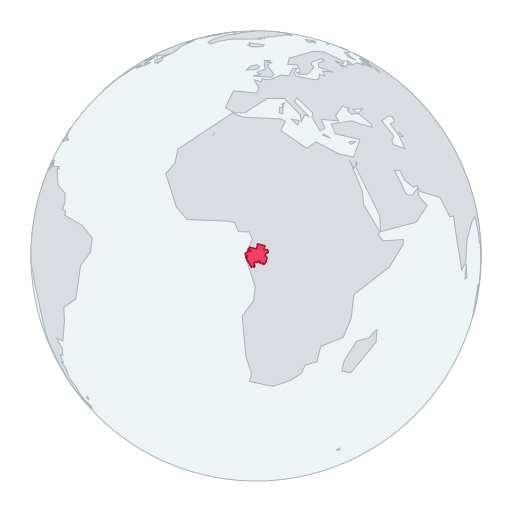 Gabon highlighted on a globe, orthographic projection, rotated 13°
{"feature_id": "GAB", "entity_name": "Gabon", "entity_type": "country or territory", "adm_level": 0, "iso_a3": "GAB", "parent_name": "Africa", "parent_adm1": "", "projection": "orthographic", "projection_center": [11.622, -0.807], "detail": "fine", "context": "on_globe", "style": "filled", "palette": "rose", "viewbox_px": 512, "rotation_deg": 13, "n_neighbors": 0, "source": "natural_earth", "source_scale": "50m", "svg_char_len": 9533}
<svg xmlns="http://www.w3.org/2000/svg" viewBox="0 0 512 512"><g transform="rotate(13 256 256)"><circle cx="256" cy="256" r="225" fill="#eef3f6" stroke="#a8b0b8"/><path d="M130.7,68.8L131.8,68.0L134.1,66.5L151.6,56.4L152.1,56.2L148.3,58.6L141.3,62.7L139.4,64.2L147.7,59.9L136.3,68.0L131.6,74.7L128.5,77.4L119.2,82.2L115.0,82.4L103.1,91.5L112.9,84.9L104.7,92.8L104.3,94.1L105.9,93.6L109.8,90.6L107.4,93.5L96.9,100.3L98.9,97.7L102.2,95.4L100.1,95.9L93.0,101.8L89.4,106.0L82.4,112.6L79.8,115.9L76.8,119.6L81.4,113.7L72.9,124.9L69.4,129.7L79.7,115.7L91.1,102.5L103.4,90.3L116.6,79.0L130.7,68.8ZM33.6,220.2L33.4,222.1L35.3,212.5L37.5,207.1L35.0,220.1L38.2,208.1L38.0,214.2L43.8,213.2L42.7,216.2L47.1,231.4L55.9,238.0L57.9,247.7L56.5,253.6L60.4,255.4L60.5,259.3L79.7,265.3L92.4,275.3L93.9,289.1L87.2,304.9L90.1,338.4L80.3,349.3L84.0,362.7L86.9,382.2L80.3,380.8L88.5,390.3L90.0,396.1L87.3,396.5L92.3,403.2L90.7,403.4L95.7,407.8L101.2,416.4L109.2,423.3L115.3,430.1L120.6,434.0L119.9,433.9L121.3,435.4L124.2,437.6L118.4,434.0L107.4,425.1L102.6,420.4L101.5,419.7L90.4,407.6L92.3,410.1L77.1,391.8L67.2,376.4L46.2,331.7L42.6,322.9L38.2,312.8L34.6,297.5L32.1,280.8L30.9,263.9L30.9,247.0L31.3,240.8L33.1,223.4L33.6,220.2ZM47.2,171.5L45.3,177.7L44.1,179.5L44.9,177.4L45.9,174.8L47.2,171.5ZM55.0,154.3L54.5,155.2L55.0,154.3ZM130.8,441.6L120.2,435.4L124.9,438.2L121.3,434.7L129.3,439.4L130.8,441.6ZM123.0,432.6L122.9,430.6L124.9,431.7L125.4,433.4L123.0,432.6ZM476.0,207.3L475.1,203.7L478.2,219.7L479.6,228.7L481.0,245.5L481.0,245.1L479.8,230.6L478.8,225.3L476.5,211.2L470.9,190.2L470.7,193.4L468.3,185.2L460.4,168.3L458.8,172.7L457.9,193.2L461.8,214.3L459.7,223.5L447.1,192.5L439.5,172.5L436.1,174.2L422.2,157.6L401.4,156.2L397.4,151.2L393.8,153.5L383.7,148.6L377.3,140.7L371.7,141.2L388.7,162.1L394.6,161.8L398.0,153.8L401.8,161.5L411.3,168.5L404.5,187.1L372.0,204.1L367.2,188.4L333.7,147.5L333.8,143.0L333.6,142.5L333.0,141.7L331.7,148.9L325.4,141.3L345.1,169.0L349.1,181.4L371.6,205.0L369.9,207.5L376.6,212.6L396.1,206.7L396.6,212.0L388.4,236.9L360.0,271.6L362.8,295.3L359.2,315.8L339.4,329.5L339.1,345.4L328.6,351.1L326.6,360.2L317.0,369.9L301.7,379.2L277.9,379.8L278.0,371.6L268.6,355.8L256.1,317.6L263.7,299.9L262.3,286.4L244.9,257.2L248.8,240.8L243.8,234.1L233.6,236.1L227.6,228.3L221.2,228.3L180.7,235.9L167.4,226.2L149.6,196.0L156.2,183.3L155.9,169.4L200.9,121.9L212.1,123.7L249.4,116.8L254.4,118.2L251.8,128.1L281.3,139.7L288.6,131.2L313.5,137.8L328.8,137.6L331.1,119.2L305.9,119.1L299.7,110.5L318.4,103.0L340.1,104.6L338.4,101.4L323.2,94.0L326.6,88.6L317.7,91.2L322.5,94.4L317.0,96.4L312.3,93.7L313.7,91.7L306.7,90.3L301.9,101.3L306.2,105.8L288.8,108.1L294.4,115.9L290.2,119.8L279.3,108.1L279.2,103.7L260.2,92.5L258.7,97.0L276.6,108.3L271.7,107.5L269.9,114.9L267.4,108.6L248.3,96.2L231.6,99.9L213.0,119.0L202.7,121.3L192.8,118.5L196.9,100.1L219.5,97.2L221.3,91.8L214.5,84.8L221.9,84.9L221.9,82.0L230.2,81.1L239.7,74.0L247.8,73.0L249.4,65.1L253.8,63.8L251.6,68.6L254.4,71.9L274.3,71.0L277.5,69.3L277.0,64.5L282.5,65.3L279.4,60.9L289.8,59.4L274.6,58.0L273.5,53.5L278.6,50.4L275.5,48.9L267.2,54.3L266.4,56.8L270.0,59.2L265.3,67.3L259.0,68.9L253.5,60.4L243.8,62.1L243.8,55.7L266.2,43.5L276.7,41.8L298.4,46.9L297.3,49.1L288.8,48.0L298.6,52.5L296.8,50.4L301.5,51.4L301.6,48.4L304.9,49.0L299.4,45.3L303.4,45.8L306.8,48.1L310.5,45.1L318.3,46.0L317.5,45.0L314.5,43.8L326.4,46.4L325.3,45.6L321.0,44.4L316.0,42.4L311.9,40.1L316.3,41.0L318.3,42.0L329.2,46.0L334.1,49.1L335.4,49.3L332.3,47.0L319.0,42.0L315.3,40.4L321.8,42.4L319.1,41.5L318.7,41.1L322.2,41.7L315.2,39.5L306.4,36.4L321.7,40.5L336.7,45.7L351.4,51.9L365.5,59.1L379.1,67.3L392.0,76.4L404.4,86.5L415.9,97.3L426.7,109.0L436.6,121.4L445.6,134.4L453.7,148.1L460.8,162.2L466.9,176.9L472.0,191.9L476.0,207.3ZM187.5,144.7L186.8,148.8L187.5,144.7ZM364.9,116.6L376.8,117.9L368.4,106.8L372.3,106.6L368.0,103.2L367.7,106.0L356.9,96.9L360.9,94.3L357.9,90.0L353.8,89.5L348.1,96.0L363.7,108.5L362.2,112.8L364.9,116.6ZM44.0,213.0L44.4,215.5L43.3,215.7L44.0,213.0ZM42.3,184.7L42.3,184.8L41.8,186.7L41.4,187.4L42.2,185.0L42.3,184.7ZM46.5,183.9L47.3,184.9L45.8,186.0L46.5,183.9ZM45.1,179.0L45.8,183.6L42.9,187.5L42.7,184.9L43.8,183.6L45.1,179.0ZM51.0,162.7L50.8,163.1L49.7,165.4L50.3,164.2L51.0,162.7ZM54.6,155.1L54.5,155.3L55.4,153.6L54.6,155.1ZM105.4,92.4L106.2,91.9L107.1,92.1L105.1,93.5L105.4,92.4ZM120.3,86.4L116.2,91.3L117.8,88.4L114.2,90.7L113.2,88.2L126.8,78.6L120.8,83.2L120.3,86.4ZM115.5,83.0L114.6,85.1L115.0,83.3L115.5,83.0ZM213.7,69.5L217.2,70.7L215.0,73.9L204.7,77.1L207.7,72.3L213.7,69.5ZM222.7,72.0L220.1,63.7L226.4,62.1L223.3,64.3L227.7,64.0L223.9,67.6L232.5,74.8L231.1,78.3L212.8,81.1L219.6,78.0L215.7,76.6L222.7,72.0ZM202.4,51.7L201.4,49.8L216.4,48.4L215.6,50.4L205.3,53.2L200.1,52.5L202.4,51.7ZM171.8,47.0L172.7,46.7L169.7,47.9L168.8,48.3L171.8,47.0ZM187.3,41.4L177.5,45.2L175.4,45.9L171.1,48.5L163.8,51.5L166.8,49.6L158.0,54.3L157.7,53.7L152.4,56.9L159.8,52.3L159.5,52.4L160.7,51.9L162.7,51.0L169.4,48.1L172.2,46.9L176.2,45.3L187.3,41.4ZM240.7,32.2L234.9,32.5L242.2,32.9L235.8,33.6L237.1,33.6L233.2,34.5L230.6,35.9L227.4,36.2L227.8,36.7L225.2,37.6L224.6,38.4L218.7,39.5L217.5,40.7L215.4,40.6L215.0,42.6L212.7,41.7L209.1,43.2L213.2,43.3L182.8,50.3L171.9,55.0L164.0,59.8L161.1,58.5L166.6,53.6L176.5,47.9L187.4,43.9L184.1,44.4L188.4,42.8L189.2,43.1L190.5,41.8L194.2,40.7L203.0,37.6L202.5,37.2L205.7,36.4L207.8,36.0L209.5,35.6L215.5,34.5L218.0,34.0L226.3,32.8L228.9,32.9L231.4,32.4L237.8,31.9L240.7,32.2ZM229.4,32.3L228.3,32.5L218.3,33.9L229.4,32.3ZM258.9,114.4L262.6,114.7L268.0,114.1L267.0,119.1L258.9,114.4ZM245.7,106.0L248.9,105.2L250.0,111.2L246.3,111.3L245.7,106.0ZM249.6,100.0L248.9,104.7L247.0,102.2L249.6,100.0ZM254.4,68.0L257.6,67.2L258.4,68.3L257.1,70.1L254.4,68.0ZM260.9,36.0L257.8,35.5L258.5,35.2L255.2,33.8L259.6,33.6L263.4,34.3L260.9,36.0ZM327.4,122.3L323.6,125.7L321.0,124.0L322.8,123.1L327.4,122.3ZM294.3,122.0L302.3,124.3L293.9,123.4L294.3,122.0ZM265.2,35.5L263.3,34.8L266.7,35.1L265.2,35.5ZM262.7,33.4L266.6,33.6L259.8,33.4L262.7,33.4ZM381.3,423.9L380.4,426.8L378.2,426.9L381.3,423.9ZM392.4,312.8L374.5,348.6L365.5,348.7L365.5,338.1L373.3,316.3L384.4,310.3L390.3,300.5L392.4,312.8ZM481.0,267.7L481.0,267.0L478.9,234.1L479.8,235.2L481.2,248.4L481.0,267.7ZM462.6,216.4L466.4,229.5L464.8,231.4L462.6,216.4ZM300.7,36.8L300.5,38.5L303.2,40.6L309.4,42.6L300.6,41.0L296.3,37.7L300.7,36.8ZM299.6,35.0L293.2,33.8L290.1,33.3L290.7,33.4L299.6,35.0ZM279.4,33.3L279.0,33.7L276.2,33.3L279.4,33.3Z" fill="#d9dde1" stroke="#a8b0b8" stroke-width="1"/><path d="M262.6,244.3L262.5,244.6L262.2,245.3L262.1,245.8L262.1,246.4L262.1,246.8L262.3,247.1L262.4,247.5L262.2,247.8L262.3,247.9L262.5,248.0L262.9,247.8L263.5,247.7L264.2,247.4L264.8,247.3L265.6,247.3L266.1,247.4L266.3,247.6L266.5,248.4L266.7,248.5L266.9,248.9L267.0,249.3L267.1,249.5L266.9,249.9L266.7,250.2L266.6,250.4L266.5,250.5L266.3,250.7L265.7,250.7L265.6,250.8L265.4,251.1L265.1,251.4L265.0,251.7L264.9,252.1L264.9,252.5L264.9,253.2L264.8,253.6L264.9,253.8L265.6,253.9L265.8,254.0L265.9,254.3L266.2,254.5L266.8,254.7L267.0,254.9L267.2,255.1L267.2,255.3L267.1,256.0L267.0,256.7L267.0,257.2L267.1,257.7L267.1,258.4L267.1,258.8L266.9,259.1L266.9,259.3L267.0,259.6L266.8,260.3L266.7,260.4L266.5,260.5L266.3,260.7L266.3,261.0L266.1,261.4L266.0,261.5L266.1,261.9L266.1,262.1L265.8,262.3L265.7,262.5L265.3,262.6L264.9,262.5L264.8,262.4L264.9,262.2L264.7,261.8L264.5,261.3L264.3,261.2L264.2,261.4L263.8,261.8L263.2,262.2L262.8,262.3L262.0,262.1L261.4,261.9L261.1,261.4L260.9,260.9L260.6,260.4L260.3,260.2L260.0,260.0L259.8,260.0L259.3,260.3L259.2,260.4L259.2,260.7L259.2,260.9L259.3,261.0L259.4,261.4L259.3,261.7L259.2,262.0L257.7,262.3L257.5,262.2L257.3,262.0L257.1,262.1L256.4,262.2L256.2,262.1L255.9,262.0L255.8,262.3L255.9,263.0L255.9,263.3L255.7,263.7L255.7,264.0L256.1,264.1L256.4,264.4L256.5,264.6L256.3,264.9L256.3,265.1L256.4,265.3L256.6,265.5L257.0,265.7L257.2,265.9L257.2,266.0L257.0,266.3L257.0,266.5L256.8,266.7L256.9,266.9L257.0,267.1L256.9,267.4L256.6,267.3L256.4,267.3L256.2,267.3L255.7,266.7L254.7,267.1L254.5,267.3L254.3,267.6L254.1,268.2L253.7,267.9L253.4,267.2L253.0,266.8L252.1,266.2L251.9,265.7L251.0,264.7L249.7,263.6L248.7,262.7L249.6,263.0L249.8,263.0L249.9,262.9L249.5,262.6L249.1,262.4L248.7,262.3L248.4,262.3L248.2,262.1L248.0,261.8L248.0,261.6L247.8,261.3L247.3,260.8L247.2,260.6L246.9,260.3L247.0,260.3L247.6,260.5L247.6,260.4L247.0,260.0L246.7,260.0L246.7,259.8L246.7,259.6L246.3,258.8L245.9,258.3L245.8,258.0L246.9,259.2L247.1,259.3L247.3,259.3L247.8,259.1L247.7,258.9L247.3,258.8L247.0,258.9L246.9,258.8L246.8,258.7L247.1,258.0L246.9,258.1L246.7,258.2L246.5,258.3L246.0,257.9L245.5,257.0L245.3,256.9L245.2,256.6L245.1,256.4L244.5,255.2L245.0,255.6L245.5,255.5L245.7,255.3L245.8,255.3L246.0,255.3L246.2,255.1L246.9,254.2L247.0,253.1L247.0,252.4L246.9,251.7L247.1,251.5L247.2,251.9L247.3,252.0L247.5,252.2L247.9,252.2L248.6,252.5L248.8,252.7L248.9,252.3L249.6,252.1L249.4,252.0L248.7,252.1L247.8,251.7L247.5,251.4L247.3,250.9L247.0,250.7L247.0,250.4L247.6,250.2L247.8,250.2L247.9,250.5L248.1,250.6L248.2,250.3L248.2,249.8L248.0,248.9L248.2,248.7L248.4,248.6L248.5,248.6L248.8,248.8L249.1,249.0L249.3,249.1L249.5,248.9L250.3,248.9L250.9,248.9L251.9,248.9L253.0,248.9L254.1,248.9L254.9,248.9L254.9,248.4L254.9,247.7L254.9,246.8L254.9,246.0L254.9,245.2L254.8,244.3L254.9,244.0L254.9,243.9L255.8,243.8L257.2,243.8L257.9,243.8L258.1,243.9L258.9,243.8L259.6,243.9L259.8,243.9L260.1,244.0L260.9,244.0L261.9,243.9L262.3,244.0L262.5,244.1L262.6,244.3Z" fill="#f43f5e" stroke="#9f1239" stroke-width="1.5"/></g></svg>